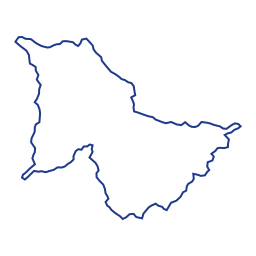 Taquarivaí, São Paulo, Brazil (orthographic projection)
{"feature_id": "56859067B24863569730487", "entity_name": "Taquarivaí", "entity_type": "district", "adm_level": 2, "iso_a3": "BRA", "parent_name": "Brazil", "parent_adm1": "São Paulo", "projection": "orthographic", "projection_center": [-48.686, -23.94], "detail": "fine", "context": "isolated", "style": "outline", "palette": "blue", "viewbox_px": 256, "rotation_deg": 0, "n_neighbors": 0, "source": "geoboundaries", "source_scale": "gbopen_adm2", "svg_char_len": 2400}
<svg xmlns="http://www.w3.org/2000/svg" viewBox="0 0 256 256"><path d="M72.9,42.2L66.3,41.1L62.7,41.3L60.0,44.0L56.2,44.4L53.4,45.4L50.0,47.2L47.1,47.5L41.4,46.0L36.9,43.6L34.6,42.0L30.8,39.1L25.5,38.8L22.1,37.0L18.6,37.2L15.4,41.8L20.5,46.2L26.5,50.7L28.9,55.0L29.3,58.6L29.9,63.6L32.5,64.9L35.7,67.1L35.8,70.6L38.4,75.0L36.8,79.6L38.5,82.1L40.7,84.9L39.2,89.2L39.0,93.8L37.0,98.8L34.7,102.2L37.8,104.9L39.5,109.2L40.1,113.3L39.4,122.2L35.8,124.5L34.8,127.4L34.7,131.7L33.2,135.0L31.6,138.2L31.1,142.3L35.1,148.1L34.8,152.2L33.4,155.0L32.4,158.3L34.9,164.3L30.1,168.3L25.2,173.1L23.0,174.7L22.0,177.6L24.9,179.5L27.4,177.4L30.3,174.5L34.1,170.9L38.4,171.7L41.4,171.2L45.7,172.2L49.5,171.0L53.8,169.8L57.5,167.4L61.8,167.5L64.8,166.5L67.9,163.9L70.9,162.1L73.6,159.4L73.5,156.2L75.7,151.1L78.3,149.2L81.5,149.7L83.7,146.5L87.2,146.4L89.8,144.5L92.6,145.3L91.7,149.0L92.6,151.8L91.2,154.5L89.5,157.5L93.2,160.8L95.5,162.8L97.6,166.4L98.6,170.5L96.5,173.1L96.6,177.2L100.0,181.4L103.2,184.5L104.9,188.9L105.6,193.4L107.2,195.7L108.4,198.7L105.6,202.0L107.2,205.6L109.5,207.2L111.3,209.8L114.9,212.8L120.0,216.2L122.8,219.0L126.1,217.3L129.6,214.2L133.6,213.9L136.2,217.0L142.1,218.4L143.4,213.7L148.6,207.5L151.7,205.4L155.7,203.7L158.3,205.7L162.1,206.8L164.0,209.0L166.7,210.1L168.4,207.2L171.1,202.7L176.2,200.8L180.5,196.9L183.0,192.3L186.2,190.6L186.8,186.4L188.2,183.9L192.1,181.6L193.8,178.8L193.3,173.8L197.5,174.7L200.9,175.9L205.0,175.3L207.2,171.9L209.2,170.1L207.2,166.5L207.7,162.2L212.4,160.5L213.8,156.6L211.4,153.8L215.2,151.1L217.5,148.2L220.1,147.8L224.3,148.1L227.9,147.1L228.1,143.3L228.9,139.4L224.7,135.0L227.8,133.3L231.3,132.5L234.2,129.9L238.2,128.3L240.6,126.3L238.3,124.0L235.0,123.4L231.9,124.9L229.5,126.6L226.5,128.8L223.1,128.5L219.8,126.3L216.6,125.6L213.1,124.6L210.7,123.6L207.5,122.8L201.5,122.0L198.1,125.8L195.1,127.0L191.7,126.8L189.0,125.5L185.2,122.2L181.3,125.1L176.6,124.4L171.2,122.0L165.9,123.2L162.7,122.3L159.6,121.1L155.5,119.5L152.9,117.2L148.3,116.2L142.9,114.4L138.7,112.8L134.1,111.4L133.5,107.7L134.0,104.3L132.9,101.0L131.2,97.4L135.2,95.2L134.6,91.9L133.7,86.1L131.3,83.0L128.2,82.3L125.0,80.1L121.6,79.1L119.2,76.9L115.2,74.1L110.9,71.7L108.0,68.3L105.6,65.4L103.6,62.9L101.9,60.8L101.2,57.2L96.2,52.9L93.6,49.4L92.7,45.5L89.7,42.2L86.4,38.6L81.9,39.6L80.4,43.3L78.1,46.0L75.6,44.7L72.9,42.2Z" fill="none" stroke="#1e3a8a" stroke-width="2"/></svg>